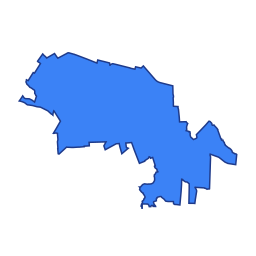 outline of Mihail Kogalniceanu, Constanta, Romania, rotated 85°
{"feature_id": "2599482B89648191700760", "entity_name": "Mihail Kogalniceanu", "entity_type": "district", "adm_level": 2, "iso_a3": "ROU", "parent_name": "Romania", "parent_adm1": "Constanta", "projection": "orthographic", "projection_center": [28.516, 44.369], "detail": "fine", "context": "isolated", "style": "filled", "palette": "blue", "viewbox_px": 256, "rotation_deg": 85, "n_neighbors": 0, "source": "geoboundaries", "source_scale": "gbopen_adm2", "svg_char_len": 5592}
<svg xmlns="http://www.w3.org/2000/svg" viewBox="0 0 256 256"><g transform="rotate(85 128 128)"><path d="M136.8,39.0L135.7,39.7L132.8,42.0L132.5,42.1L132.7,43.4L132.5,43.8L132.3,44.0L130.8,44.1L130.0,44.6L129.6,45.0L128.9,45.5L128.5,46.0L128.3,46.8L131.7,50.3L136.8,56.1L140.6,60.5L141.8,60.3L143.0,60.2L143.7,60.3L144.0,60.6L144.3,61.1L144.5,61.5L144.7,62.1L144.9,63.1L145.2,63.7L144.7,64.3L144.0,64.8L142.8,66.1L142.4,66.3L141.2,66.6L140.6,66.7L139.7,66.7L139.0,66.5L138.5,66.6L137.3,66.6L137.1,66.9L137.1,67.3L136.9,67.2L135.7,70.3L134.6,69.6L132.4,69.6L131.2,69.3L129.4,68.5L129.1,68.3L128.8,68.1L127.1,69.6L126.8,69.6L126.4,76.1L122.0,76.0L114.0,76.1L112.3,76.4L111.0,76.3L110.3,80.8L110.1,80.9L106.8,80.6L101.8,80.4L101.2,80.0L100.0,79.9L99.1,80.1L98.6,80.1L98.3,80.2L98.0,80.2L89.9,79.7L85.5,92.3L85.0,93.4L84.4,94.4L83.8,95.2L82.8,96.2L81.5,97.2L67.5,107.3L69.4,109.7L67.7,115.1L70.0,116.0L68.6,120.5L68.4,120.6L63.6,134.5L62.7,137.3L62.6,137.8L62.7,138.1L63.4,140.5L63.8,140.4L63.8,140.6L61.6,140.7L59.2,147.6L59.2,147.9L59.1,148.1L59.0,148.3L57.6,152.2L60.6,153.3L55.9,162.6L53.2,168.2L52.9,168.8L51.9,170.9L50.6,173.6L50.2,174.6L50.0,174.8L49.9,175.2L47.9,180.5L48.0,181.9L48.4,182.4L49.1,184.2L50.7,187.9L52.3,191.8L50.8,192.8L47.4,194.7L51.2,202.9L49.9,203.8L48.4,205.3L46.8,206.5L53.6,212.3L54.2,211.9L54.8,211.1L55.1,210.6L56.2,209.6L65.2,216.4L65.2,216.5L64.5,217.6L72.1,223.3L71.3,224.7L71.1,225.0L71.3,225.1L72.2,225.1L72.7,225.5L73.4,225.6L74.3,225.3L75.1,225.0L75.6,224.9L76.5,224.0L77.9,222.9L78.8,222.3L79.0,222.1L79.2,221.7L79.7,220.9L80.6,219.8L81.4,219.0L81.6,218.6L82.0,218.1L82.3,217.9L83.5,217.7L85.3,217.9L85.6,217.8L86.2,217.4L87.3,217.1L88.3,216.4L94.0,218.8L92.3,220.7L91.8,221.3L90.4,223.6L90.3,224.0L90.1,225.4L89.8,227.6L89.5,228.2L89.4,228.5L89.0,228.8L86.8,230.1L89.9,232.5L91.6,234.0L92.0,232.6L92.6,231.1L93.5,229.3L94.2,228.3L95.1,227.4L95.7,226.8L96.2,226.0L96.5,224.4L97.3,221.1L98.9,216.8L99.6,213.4L103.9,206.4L107.3,203.3L107.6,202.9L108.2,201.7L108.6,201.8L108.7,201.7L107.8,201.6L106.3,201.2L105.5,200.9L104.4,200.4L104.5,200.3L115.3,194.7L121.5,199.0L126.8,202.8L126.9,202.3L126.7,201.0L126.7,200.3L126.9,199.5L127.2,198.7L127.7,198.8L128.6,198.8L133.2,198.8L134.1,199.0L135.5,199.5L142.4,199.6L142.4,199.8L147.6,199.8L147.7,199.7L147.9,198.9L141.8,191.0L141.7,190.9L141.8,190.6L142.4,186.2L142.6,184.1L142.7,179.0L142.8,178.6L142.8,173.2L142.3,173.2L142.4,168.1L138.9,168.0L139.9,151.1L143.7,153.6L147.7,152.6L142.9,141.6L142.7,141.2L142.7,138.1L143.3,138.1L146.2,137.7L153.1,136.4L148.2,129.5L147.6,130.7L147.5,131.0L147.3,131.2L147.0,131.3L145.7,131.4L142.8,131.5L142.8,125.7L150.4,123.7L164.2,119.7L162.6,114.3L162.3,114.4L162.1,114.3L160.0,110.4L158.5,109.4L158.6,109.2L159.3,108.3L160.1,108.2L159.5,106.0L168.1,104.1L168.5,104.7L168.4,104.9L168.7,105.0L169.9,104.5L170.3,104.3L170.8,103.7L171.0,103.3L171.3,103.2L171.6,103.0L171.9,102.8L171.9,102.7L172.2,102.7L172.7,102.8L173.9,102.3L174.2,102.1L174.4,102.9L174.4,103.8L175.0,104.2L175.6,104.4L176.5,105.2L176.7,105.7L176.8,105.7L177.4,105.8L177.7,106.0L178.5,106.1L178.8,106.1L179.1,105.9L179.5,105.9L181.3,105.9L182.7,106.2L183.2,106.5L184.3,107.3L185.1,108.1L185.3,108.6L185.5,109.2L185.6,109.4L185.7,110.5L185.7,110.8L185.7,111.7L185.6,112.1L185.6,112.9L185.7,113.1L185.4,115.0L185.1,116.1L185.1,116.7L185.3,117.2L185.4,117.7L185.4,117.8L185.5,117.9L185.9,118.6L186.2,119.0L186.5,119.2L186.9,119.6L187.1,120.0L187.7,120.4L187.9,120.8L187.8,121.4L187.8,121.6L188.0,121.4L189.2,121.4L189.4,121.5L189.9,121.5L190.1,121.6L190.4,121.8L191.3,121.3L191.6,120.9L191.9,120.7L191.9,120.8L192.2,120.7L193.2,119.9L193.7,119.3L193.8,119.2L194.1,119.0L194.0,118.8L194.1,118.7L194.3,118.5L194.8,118.6L195.1,118.4L195.6,118.1L195.8,118.0L196.1,117.9L196.3,117.7L196.6,117.6L197.7,117.1L198.5,117.1L198.9,117.4L199.2,117.4L199.5,117.9L200.0,118.3L200.5,118.5L200.5,118.4L200.8,118.5L201.0,118.7L201.3,118.9L201.7,119.2L201.8,119.4L201.9,119.9L202.2,120.2L202.8,120.3L203.1,120.1L203.7,120.1L204.4,120.5L204.8,121.0L205.0,121.1L206.9,121.8L207.1,121.8L207.3,121.5L207.5,121.3L208.2,121.1L209.1,121.1L209.1,120.8L206.6,120.7L204.9,120.2L205.5,114.9L206.9,113.9L208.2,113.7L208.3,112.2L208.0,112.2L207.2,111.2L207.4,109.7L208.3,109.8L208.6,107.3L208.3,107.3L206.6,108.4L205.7,108.8L204.3,109.1L203.9,109.0L203.6,108.7L203.0,106.1L201.1,106.0L201.0,105.7L200.7,105.4L200.4,105.2L199.8,105.2L199.4,104.1L199.1,102.4L199.1,101.1L199.2,100.9L199.9,100.6L202.0,98.3L204.1,96.9L204.6,95.2L204.8,93.8L205.2,89.2L207.4,89.2L208.2,88.2L208.5,86.2L209.2,83.0L196.3,80.7L189.1,79.6L183.7,79.0L183.9,78.3L184.1,78.0L184.6,78.0L184.7,77.7L185.1,77.4L185.3,77.1L186.2,76.1L186.7,75.4L186.8,74.6L187.1,73.7L188.9,71.9L193.6,72.3L208.3,73.9L208.8,69.0L209.0,68.0L204.4,67.0L204.5,67.0L196.9,65.1L196.3,65.1L195.5,65.3L194.5,65.7L193.3,66.3L192.9,66.6L192.7,66.8L193.0,65.9L193.2,64.5L194.3,57.3L194.5,57.1L194.7,56.8L194.7,56.6L194.9,56.1L195.0,55.8L195.6,55.0L195.9,54.6L195.8,54.2L195.7,53.7L195.7,53.2L195.8,52.8L195.9,52.6L195.7,52.1L169.9,49.0L164.2,48.3L163.2,48.4L162.6,48.6L162.4,48.6L161.5,48.5L161.2,48.4L164.8,40.6L165.1,40.1L165.4,39.7L170.4,34.4L172.0,31.6L172.2,30.8L173.9,23.9L163.9,22.0L163.7,22.2L163.2,22.7L163.0,23.9L162.6,24.1L162.5,24.5L162.2,24.9L161.9,25.5L161.3,25.9L161.2,26.2L159.9,26.4L159.0,26.9L158.4,27.3L156.9,28.7L156.8,29.3L153.5,32.7L153.1,32.6L152.5,33.0L151.6,33.3L150.8,33.3L150.5,33.5L149.9,34.1L148.5,34.5L148.4,34.5L148.4,34.8L148.3,35.1L148.2,35.3L148.2,35.8L147.1,35.7L146.9,36.4L137.0,39.0L137.0,38.9L136.8,39.0Z" fill="#3b82f6" stroke="#1e3a8a" stroke-width="1.5"/></g></svg>